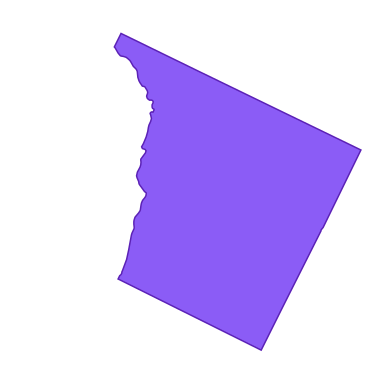 the district of Clayton, Iowa, United States of America, rotated 206°
{"feature_id": "52423323B1897708269800", "entity_name": "Clayton", "entity_type": "district", "adm_level": 2, "iso_a3": "USA", "parent_name": "United States of America", "parent_adm1": "Iowa", "projection": "albers", "projection_center": [-91.108, 42.863], "detail": "fine", "context": "isolated", "style": "filled", "palette": "violet", "viewbox_px": 384, "rotation_deg": 206, "n_neighbors": 0, "source": "geoboundaries", "source_scale": "gbopen_adm2", "svg_char_len": 1453}
<svg xmlns="http://www.w3.org/2000/svg" viewBox="0 0 384 384"><g transform="rotate(206 192 192)"><path d="M58.6,303.8L236.8,303.4L325.3,303.4L325.4,288.3L324.2,287.8L319.2,284.4L316.3,283.1L315.4,283.1L313.0,283.8L310.4,284.2L308.7,283.9L305.8,283.1L304.6,282.5L299.8,279.2L296.4,278.1L295.1,277.3L294.0,276.3L290.9,271.3L288.4,268.7L286.6,267.4L283.1,265.4L280.8,265.9L280.2,265.7L276.6,263.4L275.5,262.1L275.1,260.6L275.0,259.1L274.7,258.1L273.4,256.7L271.9,256.1L270.1,256.0L269.2,256.7L267.9,256.9L267.4,256.8L266.5,256.2L266.1,255.0L266.1,252.9L265.5,251.6L264.9,250.6L264.1,249.9L262.4,249.7L262.0,248.5L262.1,246.6L263.0,246.5L263.6,246.1L264.1,245.1L264.0,244.1L262.9,243.1L260.6,240.2L260.1,237.2L260.0,233.3L259.5,230.9L258.3,227.0L257.3,221.3L256.9,214.3L257.1,210.5L255.6,209.3L252.8,209.7L251.4,208.9L251.0,206.8L252.4,199.2L252.2,198.5L250.9,196.4L250.0,194.1L249.6,191.7L249.8,185.9L248.9,182.2L247.6,180.7L244.6,178.1L243.3,176.3L242.6,175.7L234.9,171.6L232.9,171.2L232.4,170.5L232.1,169.5L231.8,168.5L231.8,167.2L232.0,165.9L232.7,163.0L232.7,161.9L232.6,160.0L232.1,158.0L230.5,153.0L230.5,152.1L230.8,149.8L232.1,144.7L232.1,143.8L231.7,141.2L231.2,139.7L230.1,137.5L228.4,134.8L228.0,133.6L227.9,128.7L227.6,126.8L223.6,112.5L221.2,102.7L220.0,90.7L220.0,89.6L219.5,88.0L219.7,86.4L220.3,85.1L220.3,81.4L60.5,80.2L60.1,125.4L59.0,213.4L59.3,214.6L58.6,217.6L58.6,303.8Z" fill="#8b5cf6" stroke="#5b21b6" stroke-width="1.5"/></g></svg>